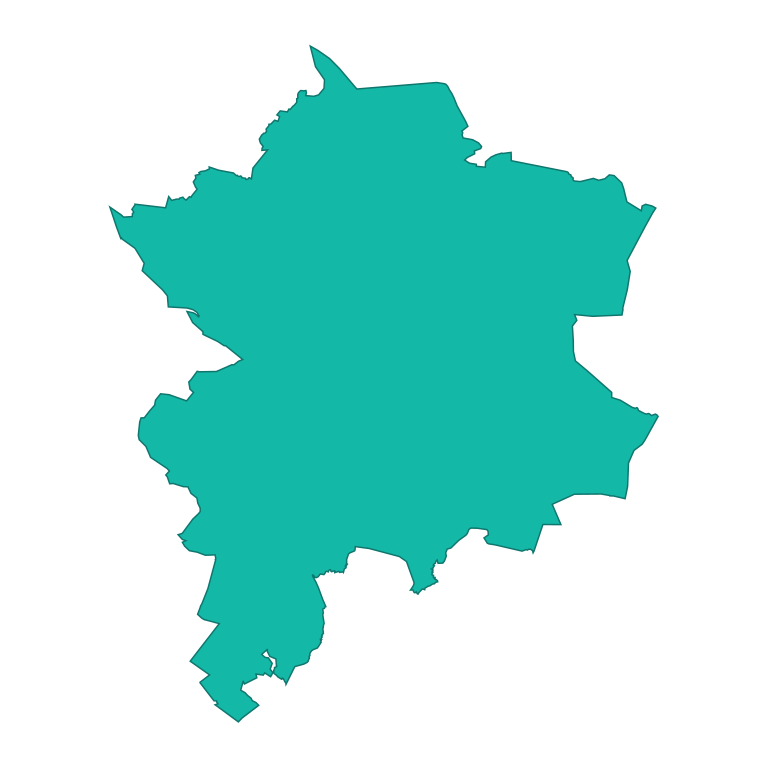 outline of Nītaures pag., Amatas, Latvia
{"feature_id": "27541924B33705410668553", "entity_name": "Nītaures pag.", "entity_type": "district", "adm_level": 2, "iso_a3": "LVA", "parent_name": "Latvia", "parent_adm1": "Amatas", "projection": "mercator", "projection_center": [25.207, 57.075], "detail": "fine", "context": "isolated", "style": "filled", "palette": "teal", "viewbox_px": 768, "rotation_deg": 0, "n_neighbors": 0, "source": "geoboundaries", "source_scale": "gbopen_adm2", "svg_char_len": 6105}
<svg xmlns="http://www.w3.org/2000/svg" viewBox="0 0 768 768"><path d="M658.1,416.4L656.8,414.8L655.4,414.1L651.4,415.5L649.4,413.8L648.3,413.5L646.2,414.1L644.2,413.4L638.4,410.4L637.8,408.5L636.9,407.6L635.3,408.3L632.2,407.4L620.3,400.2L611.7,397.5L611.7,392.4L587.8,371.3L575.4,360.9L573.4,351.3L573.3,341.0L572.4,326.1L576.8,320.3L574.6,314.6L592.6,316.3L622.0,315.0L623.0,309.3L622.7,308.4L627.3,289.7L630.2,271.4L627.1,260.5L645.2,226.4L652.5,213.2L655.8,208.1L652.1,206.0L645.6,204.3L642.1,206.0L641.3,210.8L626.9,201.9L623.6,188.4L621.7,182.9L614.1,175.6L609.3,174.9L605.0,178.7L598.7,180.3L593.4,178.4L580.2,181.6L574.3,181.0L573.3,180.2L572.9,179.4L573.2,178.4L573.0,177.7L571.3,176.6L570.8,174.8L568.9,174.1L568.2,172.5L566.8,171.7L511.3,160.7L511.1,152.4L502.5,153.5L501.9,153.1L495.9,154.8L491.0,157.1L485.6,161.8L485.3,167.2L476.4,166.3L476.3,164.3L469.5,163.2L464.6,160.0L467.6,157.3L474.7,153.8L474.4,150.9L480.7,148.6L481.6,146.6L478.7,143.0L472.6,139.7L463.1,138.0L462.0,134.5L462.5,133.8L462.7,132.6L461.9,131.0L467.9,126.3L465.6,121.3L457.1,105.8L454.1,98.2L451.9,93.6L449.5,90.0L447.8,86.5L446.0,84.4L444.8,83.8L436.7,82.5L356.8,89.0L339.3,68.4L329.5,58.5L318.3,50.7L310.3,46.1L315.5,66.7L324.5,79.8L324.0,88.4L318.6,94.9L313.8,96.3L305.7,95.6L306.4,92.8L305.9,90.5L303.6,90.9L300.9,90.5L299.9,91.2L298.5,92.7L297.8,94.3L297.8,98.3L296.7,98.7L296.7,102.4L294.2,105.3L292.7,106.4L290.2,109.5L289.0,109.0L287.4,111.9L280.2,110.9L276.9,114.9L279.6,116.5L278.0,121.3L274.6,120.2L270.8,124.1L268.9,124.3L268.9,125.7L266.1,129.1L266.5,131.2L265.8,132.4L264.9,133.2L263.8,133.2L261.6,135.2L259.3,139.2L260.4,142.9L263.2,146.5L262.1,148.1L261.9,150.4L267.6,149.9L253.0,168.0L251.4,178.9L249.4,177.7L248.7,177.9L248.0,179.1L245.8,179.4L245.4,178.2L242.1,177.8L241.4,176.4L240.7,176.0L239.5,176.5L238.1,176.2L237.3,175.3L236.2,175.5L233.5,173.0L218.6,170.2L209.2,167.0L209.4,168.9L205.4,170.8L200.8,171.5L198.9,172.6L199.8,174.2L195.3,175.4L195.9,178.2L193.3,181.9L195.6,187.2L197.0,188.9L196.8,189.6L192.0,195.5L191.2,197.2L189.4,196.7L186.1,200.1L184.3,198.9L182.9,197.2L179.5,198.2L179.0,199.2L176.6,199.1L171.7,200.4L168.7,196.6L165.6,207.8L135.0,204.2L135.1,204.7L131.9,209.4L133.8,212.1L132.4,213.7L132.3,216.6L123.5,217.1L121.5,215.1L109.9,207.1L116.5,226.9L120.8,238.5L121.5,237.9L121.9,238.9L135.0,248.3L144.2,263.3L142.2,270.7L162.4,289.7L167.4,295.8L168.3,306.9L187.2,308.0L193.1,309.7L197.0,312.4L199.1,316.0L198.7,316.8L195.3,313.9L193.2,312.8L187.0,311.5L192.7,322.6L202.9,331.6L203.0,334.4L217.6,341.4L224.1,345.7L225.6,345.7L242.7,359.5L238.4,361.3L233.8,364.9L231.9,364.7L216.4,371.5L199.3,371.8L197.2,371.3L191.0,379.7L188.8,382.0L190.0,389.2L193.5,392.4L186.6,400.9L169.1,394.7L160.6,393.8L155.5,400.2L154.7,405.1L149.3,411.3L144.3,417.8L141.0,417.9L139.7,422.0L138.3,435.5L139.2,439.7L146.0,446.5L150.6,457.4L167.0,468.4L169.4,471.0L165.8,475.0L167.3,476.8L169.7,483.8L173.2,483.5L183.5,486.7L187.9,486.8L191.0,493.4L196.9,498.0L197.8,503.1L200.2,508.2L200.2,511.5L198.6,513.6L192.8,519.1L182.6,532.9L182.0,533.5L178.1,534.7L182.3,539.4L185.8,540.7L182.4,542.3L184.6,546.1L189.4,550.7L197.3,552.2L205.2,555.2L215.1,554.9L215.8,558.7L215.3,559.6L215.6,560.0L207.9,588.6L202.0,603.5L200.4,606.4L200.5,606.7L197.6,614.3L201.7,618.1L204.2,619.6L219.3,623.6L190.2,661.2L209.6,674.9L200.0,682.3L200.1,682.8L214.0,700.8L216.6,700.9L216.8,702.3L218.0,703.8L215.1,704.8L238.4,721.9L242.2,717.9L258.7,705.3L256.0,702.6L252.2,700.6L251.1,698.2L247.5,695.4L245.2,692.8L240.7,690.2L243.1,681.5L243.3,681.4L244.4,684.0L256.8,677.8L256.0,674.1L263.3,675.1L264.7,672.9L270.6,676.7L272.9,672.7L270.2,669.2L272.2,663.3L268.3,657.8L265.1,657.4L261.7,654.4L267.6,649.1L267.0,650.8L269.8,656.4L275.9,658.9L276.4,665.5L276.8,666.0L275.8,667.2L274.5,667.5L274.5,669.0L273.7,670.4L273.7,672.3L274.3,673.7L276.5,675.3L277.7,676.8L281.5,679.2L282.1,679.0L282.3,678.2L282.9,678.3L284.2,680.2L284.8,681.8L285.7,682.2L286.0,684.3L294.8,666.6L303.8,664.1L307.0,662.5L308.2,661.2L308.7,659.4L309.4,658.3L309.1,656.3L309.9,655.7L309.8,653.7L310.3,652.6L311.8,650.6L313.1,649.7L317.4,648.0L320.4,643.5L320.5,642.6L321.0,642.5L320.8,642.1L321.2,640.6L320.6,640.5L320.4,639.3L321.1,639.2L320.8,639.0L321.9,637.5L321.5,637.1L321.7,636.3L322.0,636.4L321.8,634.9L322.5,634.9L322.8,633.8L323.4,633.4L322.8,628.2L323.3,627.6L323.3,626.1L324.1,623.3L322.9,615.8L322.8,614.5L323.3,613.0L322.8,609.7L323.0,608.8L324.3,608.4L325.2,606.7L325.8,606.6L322.7,599.4L318.5,587.9L315.9,582.0L312.5,575.9L312.6,575.1L313.3,575.1L315.0,577.4L316.1,577.7L318.1,576.8L320.3,574.0L323.9,574.6L325.0,573.3L325.7,571.6L326.8,571.3L328.3,571.9L329.1,570.1L329.7,569.8L330.5,569.8L331.0,571.3L331.5,571.7L334.5,570.8L334.9,571.1L334.8,572.6L338.9,571.3L339.6,572.4L342.9,571.9L343.4,572.5L344.3,569.0L345.8,568.0L346.2,567.0L345.4,566.6L345.4,565.6L345.8,565.1L346.3,565.5L347.4,564.1L346.4,563.3L346.7,562.3L346.6,559.6L348.5,554.0L349.6,553.0L354.6,550.9L355.0,550.0L355.3,546.6L369.2,548.5L399.3,556.5L406.5,561.5L414.2,582.9L413.4,585.6L410.5,590.1L412.8,589.9L414.2,592.6L415.0,592.8L416.3,591.9L417.2,593.7L418.0,594.1L418.9,592.6L422.4,588.9L424.7,589.7L424.9,588.4L425.3,587.9L428.0,586.3L430.1,585.7L432.4,584.1L434.5,583.7L435.6,582.3L437.7,581.8L437.5,580.8L436.5,579.8L434.8,579.1L434.5,578.7L435.2,578.0L435.0,577.4L433.4,577.4L433.5,575.3L432.0,574.8L432.0,573.7L432.8,572.4L432.1,572.4L432.1,571.8L432.9,570.7L431.9,569.4L432.8,569.7L432.9,569.3L432.4,568.1L433.1,567.8L434.3,565.7L433.4,565.4L433.6,564.4L435.4,563.2L435.7,561.6L437.1,560.0L438.1,563.3L442.8,563.1L444.4,561.1L446.3,556.1L445.7,552.9L447.2,549.1L450.9,548.0L458.6,540.5L466.0,535.1L467.3,533.5L468.8,529.6L470.7,528.1L477.1,528.2L486.9,529.6L488.1,531.3L488.3,534.9L484.0,537.9L487.3,543.2L488.9,543.9L494.9,544.8L522.1,551.1L526.2,549.6L527.4,550.1L528.6,549.3L530.4,549.2L532.5,550.6L533.1,552.8L534.0,551.1L542.9,524.5L560.9,524.6L552.2,504.3L574.4,494.2L601.1,494.0L609.8,495.5L609.9,495.9L613.7,496.0L625.1,498.7L627.6,486.5L628.5,463.0L634.0,450.4L642.3,444.1L645.0,440.0L658.1,416.4Z" fill="#14b8a6" stroke="#0f766e" stroke-width="1.5"/></svg>